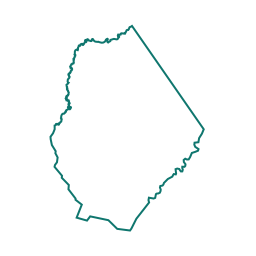 Lascano, Rocha, Uruguay (Albers equal-area conic projection), rotated 10°
{"feature_id": "84410073B78033052347779", "entity_name": "Lascano", "entity_type": "district", "adm_level": 2, "iso_a3": "URY", "parent_name": "Uruguay", "parent_adm1": "Rocha", "projection": "albers", "projection_center": [-54.358, -33.755], "detail": "fine", "context": "isolated", "style": "outline", "palette": "teal", "viewbox_px": 256, "rotation_deg": 10, "n_neighbors": 0, "source": "geoboundaries", "source_scale": "gbopen_adm2", "svg_char_len": 5201}
<svg xmlns="http://www.w3.org/2000/svg" viewBox="0 0 256 256"><g transform="rotate(10 128 128)"><path d="M72.4,47.8L72.5,48.3L72.5,48.6L72.3,48.7L72.0,48.7L71.4,48.5L70.8,48.7L70.6,49.0L70.5,49.4L70.6,49.6L71.4,49.7L72.0,49.8L72.1,50.0L72.0,50.3L71.9,50.6L71.7,50.8L70.7,51.0L70.4,51.2L70.2,52.3L70.0,52.7L69.9,52.9L69.9,53.2L69.6,53.5L69.4,54.0L69.2,54.1L68.6,53.9L68.6,53.6L69.0,53.3L69.0,53.2L68.9,53.0L68.7,53.0L67.8,53.2L67.3,53.4L66.7,54.0L66.8,54.4L66.8,54.6L66.5,55.4L66.3,55.5L66.0,55.5L65.7,55.2L65.4,55.2L65.3,55.3L65.2,55.5L65.2,56.6L64.8,57.5L65.1,59.1L65.0,60.1L64.8,60.1L64.3,59.7L63.8,59.6L62.8,60.5L62.7,60.7L62.4,61.6L62.4,62.1L62.7,63.9L62.7,64.3L62.5,64.9L62.6,65.1L62.8,65.3L63.0,65.2L63.0,64.8L63.3,64.9L63.4,65.0L63.6,66.0L63.3,66.4L63.2,67.5L62.9,67.7L62.9,68.2L62.8,68.5L62.5,69.0L62.4,69.2L62.9,69.4L62.9,69.6L62.6,69.7L62.5,69.8L62.5,70.4L62.8,70.6L62.9,70.8L62.8,71.6L63.2,72.6L63.3,73.2L63.1,73.9L62.6,74.0L62.3,74.3L62.0,74.2L61.7,74.6L61.6,75.1L61.2,75.1L61.1,75.5L60.8,76.2L60.7,76.6L60.4,77.6L60.9,77.9L60.7,78.2L60.8,78.4L61.0,78.1L61.3,78.2L61.5,78.3L61.6,78.5L62.0,78.6L62.2,78.9L62.2,79.2L62.6,79.3L62.7,79.5L62.4,80.0L62.5,80.3L62.7,80.5L62.4,81.2L62.2,81.2L61.9,81.4L61.8,81.7L61.7,82.1L61.7,82.7L61.8,83.2L61.7,83.3L61.5,83.2L61.1,83.8L60.9,83.8L60.7,84.3L61.0,84.5L60.9,84.6L60.5,84.8L60.5,85.1L60.3,85.2L60.3,85.6L60.0,85.6L60.0,85.8L60.1,86.1L60.8,86.6L60.9,87.2L61.1,87.3L61.5,87.5L61.5,88.1L61.6,88.3L61.5,88.7L61.4,88.8L61.3,89.1L61.1,89.2L60.9,89.5L60.9,89.8L60.8,90.0L60.6,90.1L60.3,90.9L60.4,91.3L60.4,92.3L60.4,92.5L60.7,92.9L60.9,93.6L61.3,93.7L61.3,94.0L61.5,94.0L61.1,94.8L60.5,95.4L60.2,95.8L59.9,96.2L60.5,97.9L60.8,98.0L60.8,98.4L60.8,98.6L61.0,98.8L61.2,99.0L61.3,99.2L61.0,99.6L61.1,99.9L61.3,99.9L61.2,100.3L61.2,100.5L61.7,100.8L61.8,101.3L62.4,101.5L62.5,101.7L62.4,101.9L62.5,102.2L62.9,102.8L63.2,102.9L63.5,103.3L63.4,103.8L63.6,104.9L63.6,105.1L63.3,105.4L63.4,105.6L63.4,106.1L63.3,106.3L63.2,106.5L62.8,106.5L62.7,106.8L62.4,106.8L62.0,107.0L61.9,107.2L62.0,107.6L62.0,107.8L61.7,108.0L61.7,108.3L61.8,108.4L62.3,108.3L62.4,108.5L61.7,109.0L61.5,109.6L61.8,109.8L61.9,110.4L62.0,110.5L62.4,110.2L62.8,110.1L63.0,110.2L63.0,110.3L62.6,110.5L62.4,111.1L62.6,111.5L62.8,111.5L63.0,111.4L63.1,111.0L63.2,110.9L63.9,111.2L64.1,111.2L64.5,111.0L64.8,111.1L64.8,111.3L64.6,111.8L64.6,112.2L65.0,112.3L65.2,112.2L65.3,112.2L65.3,112.8L65.5,113.2L65.9,113.4L66.3,113.7L66.3,113.9L66.2,114.2L66.0,114.4L65.6,114.3L65.3,114.5L65.2,114.9L65.4,115.4L65.7,115.4L65.9,115.6L66.0,115.8L66.0,116.0L66.0,116.3L65.8,116.8L65.5,117.5L65.3,117.6L65.2,117.8L65.2,118.0L65.3,118.3L65.7,118.5L66.0,118.5L66.8,118.3L67.4,117.9L67.4,117.7L67.4,117.3L67.6,117.2L68.0,117.3L68.3,117.7L68.3,117.9L67.8,119.3L67.6,119.6L67.3,119.7L67.0,119.6L66.3,119.2L65.8,119.3L65.7,119.8L65.5,120.2L65.2,120.5L64.5,120.8L64.1,121.2L63.7,122.3L64.0,122.2L64.1,122.3L64.0,122.9L63.4,123.9L63.1,124.2L62.5,125.0L61.8,125.0L61.6,125.1L61.3,125.5L61.1,125.5L60.9,125.7L60.9,125.8L60.7,126.0L60.4,126.8L60.3,127.3L60.2,128.1L60.4,129.1L60.2,129.9L60.6,130.5L60.9,130.4L61.0,130.5L61.2,130.9L61.2,131.1L60.9,131.2L60.9,131.4L61.2,132.5L61.1,133.4L60.3,134.0L60.1,134.8L59.3,135.2L59.2,135.3L59.2,135.6L59.5,136.1L59.5,136.3L59.2,136.8L58.9,136.8L58.7,136.7L58.6,136.4L58.1,136.6L58.1,136.4L58.1,136.2L57.7,136.2L56.5,136.5L56.3,137.5L56.0,137.9L55.3,138.3L56.0,141.9L55.1,146.2L53.2,150.1L53.8,152.5L56.0,158.0L60.8,163.4L60.9,165.5L63.8,169.2L64.0,174.1L62.5,177.1L62.4,179.0L71.3,186.5L71.4,188.5L79.6,194.4L80.0,198.7L88.6,206.6L88.8,207.8L95.8,211.5L93.0,225.2L103.7,226.3L106.1,221.6L124.7,222.2L134.9,229.2L147.8,228.6L148.8,226.5L152.0,215.9L161.7,197.7L160.7,195.5L160.7,193.0L165.5,193.0L166.9,192.1L167.0,188.3L167.7,187.6L169.2,187.2L170.6,186.2L171.0,184.4L170.9,182.9L169.8,181.1L169.9,179.5L172.0,178.7L172.7,177.5L172.9,175.9L176.1,171.3L180.1,168.2L180.5,166.7L181.1,165.4L183.1,165.4L183.3,164.6L182.0,160.3L183.5,159.4L185.6,159.5L186.6,160.7L187.7,161.6L189.0,161.3L189.2,159.6L188.3,157.7L188.2,156.7L190.4,156.4L191.0,155.4L190.9,153.7L188.9,151.8L188.4,149.8L189.7,148.3L191.5,148.8L193.2,148.4L194.2,145.9L195.2,141.5L198.2,139.9L200.9,138.2L201.1,136.5L197.5,134.9L196.2,132.9L196.1,130.9L199.8,129.8L199.8,125.6L201.8,120.7L202.8,116.1L114.2,26.8L113.7,27.3L113.4,27.7L112.1,28.4L111.9,28.9L111.7,30.4L111.2,31.4L110.4,31.4L109.7,31.9L109.5,32.6L109.4,33.4L108.9,34.5L108.8,35.3L108.1,35.1L107.8,35.8L106.4,35.7L105.7,36.0L105.0,35.9L104.5,36.4L104.5,37.3L103.7,37.6L103.0,37.6L102.1,37.7L101.9,38.6L102.3,39.6L103.0,39.3L103.4,39.6L103.5,39.8L103.4,40.1L102.6,41.4L102.3,42.3L101.9,42.5L101.4,42.7L100.6,42.7L99.0,42.7L98.7,42.7L97.8,43.1L96.9,43.6L95.6,44.2L95.5,44.3L95.4,44.4L95.5,45.5L95.3,45.7L94.7,46.0L93.7,47.2L93.1,47.1L92.8,46.7L92.5,46.1L92.4,45.2L92.5,44.8L92.7,44.3L92.5,43.8L92.2,43.7L91.6,44.1L90.9,44.9L90.7,46.0L90.2,47.0L89.5,47.6L89.1,48.0L88.1,48.4L87.1,48.6L84.6,48.4L83.8,48.2L82.9,48.5L80.9,48.6L80.1,48.4L79.4,48.0L77.9,46.5L77.6,46.5L77.3,46.7L77.0,47.1L77.0,47.5L77.1,48.2L77.0,48.6L76.7,48.8L76.1,48.9L75.4,48.7L73.9,48.6L73.7,48.4L73.5,47.8L73.2,47.7L72.6,47.6L72.4,47.8Z" fill="none" stroke="#0f766e" stroke-width="2"/></g></svg>